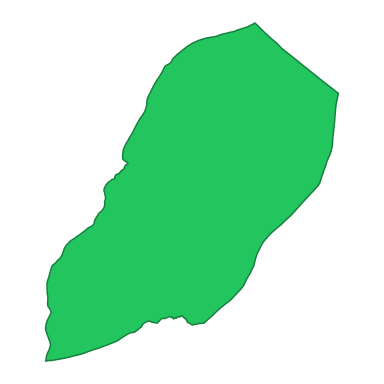 Sangkum Thmei, Preah Vihéar, Cambodia (Mercator projection)
{"feature_id": "14789045B6075848816012", "entity_name": "Sangkum Thmei", "entity_type": "district", "adm_level": 2, "iso_a3": "KHM", "parent_name": "Cambodia", "parent_adm1": "Preah Vihéar", "projection": "mercator", "projection_center": [104.719, 13.488], "detail": "fine", "context": "isolated", "style": "filled", "palette": "green", "viewbox_px": 384, "rotation_deg": 0, "n_neighbors": 0, "source": "geoboundaries", "source_scale": "gbopen_adm2", "svg_char_len": 5937}
<svg xmlns="http://www.w3.org/2000/svg" viewBox="0 0 384 384"><path d="M204.5,323.0L205.1,322.0L207.4,320.0L210.3,317.4L212.8,315.3L215.0,313.0L220.4,308.0L222.9,306.0L225.8,303.7L228.1,302.0L230.3,300.2L231.7,298.8L233.1,297.5L234.3,296.0L237.0,293.2L238.7,291.4L240.6,289.4L242.0,287.6L243.7,285.4L244.6,283.4L245.9,280.8L247.1,278.3L248.9,275.3L250.5,272.7L251.7,269.9L253.0,267.4L254.0,264.9L255.5,258.8L256.3,256.2L257.4,253.2L260.0,248.1L261.3,245.4L262.9,242.7L264.5,240.5L268.4,236.0L271.1,233.2L273.2,231.3L275.3,229.5L277.6,227.5L280.1,225.5L281.9,223.9L283.6,222.1L286.6,219.3L288.7,217.5L291.2,215.1L293.8,212.3L298.3,207.3L301.3,204.0L303.8,201.1L306.0,198.8L308.4,196.1L310.3,194.1L311.3,193.0L312.2,192.2L314.6,189.5L318.1,185.6L319.0,184.3L319.7,183.1L320.1,182.1L320.5,180.7L321.2,178.6L321.8,176.3L322.8,173.8L323.9,170.5L326.0,164.7L326.7,162.2L327.8,159.3L328.8,157.2L329.7,155.1L330.8,152.2L331.4,150.0L332.0,147.4L332.5,144.8L332.6,142.7L332.6,140.4L332.9,137.0L333.4,133.1L333.7,129.6L334.1,125.9L334.5,122.7L334.8,119.0L335.0,116.2L335.5,110.8L335.7,107.7L336.1,104.4L336.7,101.4L337.8,96.0L338.4,93.4L319.2,78.4L287.6,53.0L282.3,48.9L279.1,45.7L276.6,43.0L274.3,41.1L270.9,38.3L267.4,35.0L263.5,31.4L260.7,28.6L255.0,23.0L254.3,23.4L251.6,24.8L248.1,26.6L244.4,27.9L237.0,30.2L235.3,31.0L233.4,31.7L230.3,32.2L227.6,33.0L222.8,34.0L220.5,34.8L218.7,35.4L216.9,36.1L214.5,36.7L212.0,37.1L209.4,37.5L206.6,38.0L203.8,38.8L199.2,40.2L197.3,41.0L192.1,43.4L189.6,45.0L186.8,46.8L183.7,49.2L177.3,54.4L174.6,57.0L172.7,59.1L172.0,60.3L171.3,61.8L170.2,63.0L169.0,63.9L168.0,64.5L166.8,65.0L165.8,65.6L165.0,66.5L164.0,68.1L163.1,69.9L162.0,72.2L159.4,76.5L158.3,78.2L156.7,80.5L154.9,83.4L154.1,84.9L152.8,87.4L151.4,90.3L148.7,95.5L147.7,97.8L147.0,100.4L146.7,103.7L146.6,106.3L145.5,109.4L144.5,111.9L143.1,114.2L141.8,116.2L140.3,118.2L139.2,119.9L137.8,122.3L134.7,128.2L133.8,130.2L131.5,134.6L130.0,136.7L127.7,141.0L126.0,143.6L124.9,146.1L123.9,148.2L123.3,150.2L122.9,152.5L122.6,155.2L122.6,157.0L122.7,158.5L122.7,159.0L123.1,159.4L123.4,159.8L124.3,160.6L125.6,161.4L125.9,161.7L126.4,162.0L127.1,162.4L127.8,162.8L127.8,163.2L127.7,163.6L127.4,164.1L127.0,164.4L126.3,164.5L125.9,164.8L125.8,165.4L125.2,165.9L124.8,166.3L124.4,167.4L124.3,167.8L124.3,168.3L123.9,169.0L123.2,169.5L121.9,170.3L121.5,170.4L120.9,171.4L120.4,171.9L120.1,172.2L119.6,172.6L119.0,173.8L117.5,174.0L116.9,174.2L116.3,174.6L115.7,175.1L115.4,175.6L115.1,176.1L114.9,176.6L114.8,177.3L114.9,177.8L115.0,178.4L114.4,178.5L113.8,178.9L113.4,179.2L113.0,179.4L112.1,179.4L111.1,180.3L110.1,181.0L109.5,181.4L109.0,181.8L108.6,182.0L107.7,182.9L106.6,184.3L106.1,185.0L105.7,185.8L104.7,187.2L104.5,187.9L104.2,188.8L104.0,189.5L104.0,190.5L104.2,191.5L104.5,192.4L105.4,196.5L105.5,197.5L105.5,198.3L105.4,199.2L104.6,201.7L104.6,202.6L104.7,204.5L104.5,205.8L104.3,206.9L102.9,209.4L102.2,210.4L101.3,211.3L99.1,213.1L98.6,213.7L98.2,214.5L97.7,215.4L96.9,216.4L96.2,217.5L95.6,218.6L94.7,220.4L94.4,221.5L94.3,222.6L94.0,223.7L93.6,224.4L92.7,225.3L91.8,226.1L90.9,226.6L88.9,227.5L88.0,228.0L86.6,229.2L85.4,230.4L84.0,231.3L83.0,232.2L81.7,233.1L80.5,234.1L78.7,235.3L77.2,236.3L75.6,237.5L74.4,238.4L72.6,239.5L71.1,240.5L70.1,241.3L69.1,242.3L68.2,243.3L67.5,244.1L66.4,245.2L64.7,247.7L64.4,248.5L64.1,249.0L63.5,251.0L63.1,252.4L62.7,253.4L62.3,254.3L61.8,255.4L61.5,256.1L60.3,257.8L59.6,258.6L59.0,259.1L57.6,260.4L55.4,263.1L54.6,263.7L53.8,264.2L53.1,264.9L52.5,265.5L52.0,266.2L51.6,267.1L51.2,268.6L50.8,269.7L50.4,270.9L50.1,272.1L49.4,274.8L49.1,276.2L48.7,277.5L48.2,278.9L47.8,280.0L47.3,281.6L47.1,283.1L47.0,284.1L47.1,285.6L47.1,286.6L47.1,288.2L47.1,289.8L47.2,291.4L47.2,293.1L47.8,296.3L47.9,297.9L47.8,299.4L47.8,301.1L47.6,301.8L47.6,302.5L47.6,304.1L47.8,305.0L47.8,305.8L48.0,306.4L48.4,307.0L48.9,307.7L49.3,308.3L49.9,309.1L50.2,309.7L50.6,310.5L50.8,311.7L50.9,312.7L50.8,313.5L49.8,315.5L49.0,317.0L47.2,320.6L46.5,322.8L45.9,326.0L45.6,327.5L45.6,328.3L45.7,330.0L46.9,333.7L47.8,336.1L48.6,338.2L49.4,340.5L50.0,342.4L50.5,344.4L50.3,345.6L49.6,348.2L49.1,349.8L48.6,350.9L48.0,352.0L47.5,353.4L47.1,354.3L46.5,356.3L46.3,357.5L45.8,360.5L45.7,361.0L46.4,360.9L47.5,360.8L48.0,360.7L48.5,360.6L49.1,360.5L49.7,360.5L50.7,360.6L51.7,360.4L52.2,360.4L62.4,358.6L66.5,357.8L70.2,356.9L73.0,356.1L76.5,355.3L80.9,354.2L84.3,353.1L88.3,351.5L95.1,349.2L97.9,348.4L102.1,346.9L107.7,344.8L111.4,343.3L113.2,342.6L115.4,341.7L117.7,340.5L118.3,340.2L123.7,336.5L126.4,334.9L128.6,333.7L129.4,333.3L129.7,333.1L130.8,332.7L131.2,332.6L132.4,332.6L133.8,332.4L134.5,332.1L134.9,331.9L137.6,330.0L138.7,329.0L140.7,327.4L141.4,326.9L141.9,326.1L142.1,325.6L142.4,324.9L142.7,324.4L142.9,324.1L143.3,323.8L144.4,322.9L145.1,322.5L145.8,322.1L146.4,321.9L148.1,321.3L148.8,321.2L149.7,321.2L150.3,321.3L150.7,321.6L151.6,322.1L152.0,322.1L152.5,322.3L153.0,322.3L154.4,322.6L155.1,322.8L156.5,323.0L156.9,323.1L157.4,322.9L157.7,322.7L158.0,322.3L158.6,321.8L159.2,321.2L159.8,320.5L160.6,319.5L161.2,319.1L161.5,318.8L162.0,318.6L162.5,318.4L163.6,318.5L164.2,318.5L164.7,318.6L165.1,318.4L165.6,318.1L166.1,317.9L167.2,317.6L167.7,317.4L168.2,317.1L168.7,316.7L169.3,316.5L170.0,316.7L170.4,317.0L170.8,317.2L171.3,317.4L171.9,317.1L172.5,317.5L172.8,317.7L173.0,318.1L173.4,318.9L173.8,318.8L174.1,318.4L174.7,317.9L175.2,318.2L175.7,318.4L176.2,318.3L176.6,317.6L176.8,317.0L177.2,316.9L177.7,316.9L179.4,316.9L179.8,316.6L180.2,316.2L180.6,316.2L181.1,316.4L181.7,316.4L182.1,316.2L182.6,316.2L183.1,316.8L183.6,317.5L184.1,317.8L184.5,318.1L185.0,318.7L185.9,318.7L186.1,319.0L186.2,319.5L186.2,320.0L186.6,320.2L187.4,321.3L187.4,321.7L187.3,322.0L187.5,322.5L188.0,322.4L188.6,322.8L189.0,322.9L189.5,323.1L190.0,323.3L190.5,323.8L191.4,324.6L191.9,324.7L192.4,324.9L192.8,324.8L197.3,324.0L198.6,323.6L199.8,323.5L201.4,323.4L204.5,323.0Z" fill="#22c55e" stroke="#15803d" stroke-width="1.5"/></svg>